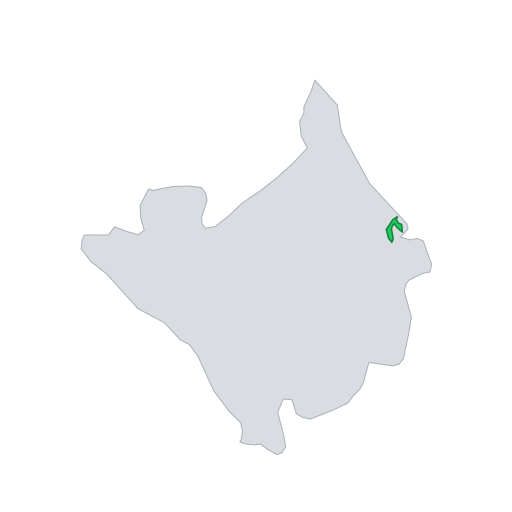 Montenegro, with Tivat highlighted, rotated 196°
{"feature_id": "MNE-1518", "entity_name": "Tivat", "entity_type": "Municipality", "adm_level": 1, "iso_a3": "MNE", "parent_name": "Montenegro", "parent_adm1": "", "projection": "robinson", "projection_center": [18.687, 42.417], "detail": "fine", "context": "in_parent", "style": "filled", "palette": "green", "viewbox_px": 512, "rotation_deg": 196, "n_neighbors": 0, "source": "natural_earth", "source_scale": "10m", "svg_char_len": 1564}
<svg xmlns="http://www.w3.org/2000/svg" viewBox="0 0 512 512"><g transform="rotate(196 256 256)"><path d="M220.2,72.8L219.7,75.5L220.6,83.5L224.6,91.3L238.9,99.2L259.7,115.0L284.4,143.9L295.6,152.5L305.8,154.6L325.6,166.6L339.4,169.5L354.8,172.8L395.1,197.8L413.1,205.1L426.0,214.6L427.5,223.4L426.9,228.9L403.8,235.4L399.8,245.2L388.6,244.0L375.0,244.0L370.6,250.2L377.1,260.4L381.4,272.4L378.1,288.9L377.0,291.1L373.7,290.5L354.6,300.1L340.4,304.6L327.5,306.8L321.4,302.2L318.4,296.0L318.9,277.9L316.5,271.8L312.1,268.8L303.3,273.1L293.2,287.1L283.7,303.3L269.5,320.3L257.8,336.5L245.1,357.0L236.5,374.0L245.5,383.6L251.1,396.9L249.4,406.9L251.1,412.7L248.3,430.2L247.8,441.2L219.6,423.6L208.0,398.8L166.9,357.0L119.8,328.5L117.3,324.0L119.9,318.5L122.2,314.2L112.4,313.9L105.6,317.4L99.1,316.4L91.8,305.7L84.8,296.5L84.5,288.3L87.7,287.3L92.4,284.0L102.3,274.9L104.2,270.2L103.8,263.0L89.9,240.2L88.0,225.4L86.0,197.8L88.9,191.3L94.0,188.2L118.2,184.7L117.9,163.3L119.4,156.8L124.2,147.9L127.3,139.8L140.7,128.1L158.9,114.2L166.9,113.8L173.9,115.7L181.8,127.7L190.3,126.1L192.1,111.8L180.9,92.9L174.8,80.9L176.7,74.3L180.9,70.8L190.6,73.0L199.8,76.3L205.7,74.0L214.9,72.3L220.2,72.8Z" fill="#d9dde1" stroke="#a8b0b8" stroke-width="1"/><path d="M130.8,333.1L130.8,332.6L131.1,329.5L128.0,326.8L124.4,326.6L124.7,326.6L123.5,323.4L122.0,319.6L124.1,320.2L129.3,322.8L132.0,325.2L133.4,321.8L133.1,319.0L129.0,310.7L128.9,308.6L129.3,306.7L133.6,309.7L138.1,317.4L134.5,328.7L130.8,333.0L130.8,333.1Z" fill="#22c55e" stroke="#15803d" stroke-width="1.5"/></g></svg>